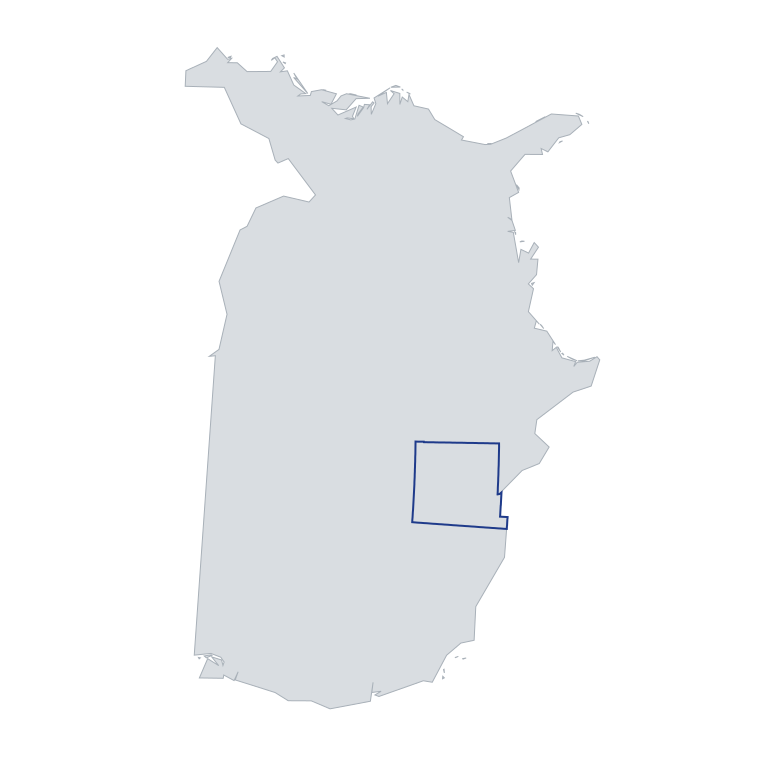 where New Mexico sits in United States of America, rotated 273°
{"feature_id": "USA-3524", "entity_name": "New Mexico", "entity_type": "State", "adm_level": 1, "iso_a3": "USA", "parent_name": "United States of America", "parent_adm1": "", "projection": "orthographic", "projection_center": [-107.139, 34.164], "detail": "fine", "context": "in_parent", "style": "outline", "palette": "blue", "viewbox_px": 768, "rotation_deg": 273, "n_neighbors": 0, "source": "natural_earth", "source_scale": "10m", "svg_char_len": 6828}
<svg xmlns="http://www.w3.org/2000/svg" viewBox="0 0 768 768"><g transform="rotate(273 384 384)"><path d="M636.3,227.5L671.9,209.0L670.9,169.9L686.5,169.8L696.9,189.8L711.2,199.8L700.1,210.8L701.2,214.8L696.7,211.1L697.1,220.7L688.8,230.9L690.2,254.5L700.2,260.8L704.0,257.9L701.3,254.5L703.3,255.8L705.6,260.0L694.5,268.0L690.3,264.2L691.7,271.1L677.8,278.3L669.9,290.7L669.3,285.6L667.1,282.9L668.3,295.3L672.2,296.2L674.6,306.2L671.3,321.3L660.6,316.4L662.7,307.0L659.0,314.3L664.2,322.2L669.4,326.0L671.9,331.4L668.6,355.0L667.5,341.2L655.8,331.9L656.6,317.4L650.2,323.9L659.1,341.7L649.7,338.5L647.3,340.0L647.8,333.3L647.1,331.6L646.0,337.0L647.1,341.0L661.0,344.5L659.5,348.7L652.3,343.9L649.9,343.4L658.9,349.2L662.2,349.8L662.1,355.1L657.4,352.6L665.2,357.9L664.1,359.4L660.3,356.6L652.6,357.2L663.6,361.2L669.1,359.1L680.1,374.6L671.1,362.9L675.3,371.1L664.1,372.8L674.4,378.9L677.4,375.1L675.0,384.6L664.0,385.2L671.5,387.2L667.2,393.0L674.4,393.8L663.4,399.3L660.9,414.0L650.7,420.9L635.1,450.4L631.7,448.6L628.4,472.3L628.9,477.8L636.0,493.2L662.4,537.0L661.8,564.1L653.6,568.0L642.7,556.5L639.0,545.6L624.4,535.5L627.4,528.6L621.5,530.3L620.7,512.8L603.3,499.3L582.4,508.4L576.7,499.4L554.9,503.1L557.0,498.8L553.9,503.3L544.3,507.1L542.9,499.5L542.2,505.2L512.2,512.1L525.6,513.7L522.3,521.5L533.1,526.6L528.7,531.1L516.4,523.9L516.7,531.2L501.2,530.6L491.5,522.9L487.0,528.3L463.8,524.4L451.9,536.0L455.0,532.8L447.6,531.2L445.3,543.8L432.3,553.2L435.3,550.5L426.1,550.2L429.6,554.1L419.4,560.3L416.4,574.2L411.4,572.6L415.8,575.8L417.5,588.2L422.4,595.3L419.4,598.2L392.8,591.0L385.8,573.2L356.4,538.5L342.4,537.2L329.7,552.2L312.7,543.2L304.9,526.5L282.8,507.0L257.7,506.8L257.6,514.3L217.2,513.4L166.5,487.3L132.8,487.4L129.3,474.3L116.4,460.7L88.7,447.8L89.7,438.8L71.7,395.3L73.0,391.2L77.0,397.2L75.3,388.0L85.5,388.7L66.5,387.0L56.8,347.1L63.8,327.9L62.7,304.9L70.2,291.4L80.7,250.9L89.0,253.4L80.0,249.8L85.0,239.2L81.7,238.8L80.8,215.0L100.5,222.3L94.1,233.7L102.5,226.2L99.9,236.2L94.5,237.9L98.0,238.9L102.6,235.3L105.9,225.3L103.3,208.7L403.4,214.1L402.5,208.1L409.9,217.4L445.4,223.6L477.9,213.9L530.3,232.2L534.3,239.0L553.1,246.9L566.4,273.9L561.8,299.6L569.2,305.7L604.1,276.6L599.1,266.5L601.9,263.6L623.1,256.2L636.3,227.5ZM684.0,281.2L689.8,277.6L670.1,292.7L685.4,277.7L684.0,281.2ZM103.0,218.7L104.5,225.5L104.1,226.4L101.2,221.0L103.0,218.7ZM421.8,593.2L417.6,582.6L417.3,576.4L418.3,582.8L421.8,593.2ZM701.9,210.9L703.3,214.1L702.0,213.8L701.9,210.9ZM492.2,526.1L493.1,528.6L490.4,526.9L492.2,526.1ZM98.6,459.4L102.0,458.4L102.3,458.9L98.6,459.4ZM95.2,458.0L93.7,459.6L92.7,457.9L95.2,458.0ZM700.3,266.2L699.5,268.9L698.8,268.6L700.3,266.2ZM418.8,570.5L417.3,575.6L421.2,565.5L418.8,570.5ZM654.4,522.4L659.4,531.1L653.6,521.7L654.4,522.4ZM114.7,469.6L115.9,472.5L114.5,469.8L114.7,469.6ZM663.5,565.1L661.4,568.9L664.5,561.3L663.5,565.1ZM682.8,380.2L681.4,384.8L680.7,375.3L682.8,380.2ZM101.2,213.0L100.9,214.9L99.9,213.8L101.2,213.0ZM429.9,556.0L425.1,558.8L430.0,555.3L429.9,556.0ZM706.5,264.7L707.4,267.0L705.3,267.2L706.5,264.7ZM113.9,477.0L114.7,480.4L113.4,477.3L113.9,477.0ZM424.1,560.8L422.2,562.2L423.8,560.1L424.1,560.8ZM672.1,335.6L671.1,341.4L671.9,333.6L672.1,335.6ZM450.7,538.3L447.7,540.6L451.9,536.7L450.7,538.3ZM629.5,474.7L629.8,478.8L628.9,476.1L629.5,474.7ZM675.6,394.1L674.9,395.2L676.7,391.3L675.6,394.1ZM590.0,505.8L586.8,508.7L585.2,508.6L590.0,505.8ZM542.8,506.6L542.2,507.5L540.0,507.7L542.8,506.6ZM635.1,547.0L636.1,549.6L634.3,546.6L635.1,547.0ZM534.0,514.1L533.9,516.8L533.0,512.2L534.0,514.1ZM656.5,574.1L654.6,574.9L657.2,573.4L656.5,574.1ZM674.7,308.1L674.3,310.9L674.6,306.9L674.7,308.1ZM679.6,386.2L678.7,387.5L678.4,387.5L679.6,386.2Z" fill="#d9dde1" stroke="#a8b0b8" stroke-width="1"/><path d="M258.7,506.9L258.4,506.9L258.0,506.8L257.6,506.8L257.6,507.0L257.6,507.3L257.6,507.5L257.6,507.8L257.6,508.0L257.6,508.3L257.6,508.5L257.6,508.8L257.6,509.0L257.6,509.3L257.6,509.5L257.6,509.8L257.6,510.0L257.6,510.3L257.6,510.5L257.6,510.8L257.6,511.0L257.6,511.3L257.6,511.5L257.6,511.8L257.6,512.0L257.6,512.3L257.6,512.5L257.6,512.8L257.6,513.0L257.6,513.3L257.6,513.5L257.6,513.8L257.6,514.0L257.6,514.4L256.9,514.4L256.3,514.4L255.7,514.3L255.1,514.3L254.5,514.3L253.9,514.3L253.3,514.3L252.7,514.3L252.1,514.3L251.5,514.3L250.8,514.3L250.2,514.3L249.6,514.3L249.0,514.3L248.4,514.2L247.8,514.2L247.2,514.2L246.8,514.2L246.6,514.2L246.0,514.2L245.7,514.2L245.7,511.1L245.8,508.2L245.8,505.2L245.9,502.3L245.9,499.3L246.0,496.4L246.0,493.4L246.1,490.4L246.1,487.5L246.2,484.5L246.3,481.5L246.3,478.6L246.4,475.6L246.4,472.7L246.5,469.7L246.5,466.7L246.6,463.8L246.6,460.8L246.7,457.9L246.8,454.9L246.8,451.9L246.9,449.0L246.9,446.0L247.0,443.1L247.0,440.1L247.1,437.1L247.2,434.2L247.2,431.2L247.3,428.3L247.3,425.3L247.4,422.3L247.5,419.4L250.0,419.4L252.5,419.5L255.0,419.5L257.5,419.5L260.1,419.6L262.6,419.6L265.1,419.6L267.6,419.6L270.2,419.6L272.7,419.6L275.2,419.6L277.7,419.6L280.3,419.6L282.8,419.6L285.3,419.6L287.8,419.5L290.3,419.5L292.9,419.5L295.4,419.4L297.9,419.4L300.4,419.3L303.0,419.3L305.5,419.2L308.0,419.2L310.5,419.1L313.0,419.0L315.6,419.0L318.1,418.9L320.6,418.8L323.1,418.7L325.6,418.6L328.2,418.5L328.2,420.6L328.3,422.7L328.4,424.8L328.5,426.8L328.0,426.9L328.0,427.2L328.0,427.7L328.1,430.0L328.2,432.3L328.3,434.7L328.4,437.0L328.4,439.3L328.5,441.6L328.6,443.9L328.7,446.3L328.8,448.6L328.9,450.9L329.0,453.2L329.0,455.6L329.1,457.9L329.2,460.2L329.3,462.5L329.4,464.9L329.5,467.2L329.5,469.5L329.6,471.8L329.7,474.2L329.8,476.5L329.9,478.8L329.9,481.1L330.0,483.4L330.1,485.8L330.2,488.1L330.3,490.4L330.3,492.7L330.4,495.1L330.5,497.4L330.6,499.7L330.7,502.0L327.5,502.2L324.4,502.3L321.2,502.4L318.1,502.5L314.9,502.6L311.8,502.7L308.6,502.8L305.5,502.8L302.3,502.9L299.2,503.0L296.0,503.0L292.9,503.1L289.7,503.1L286.6,503.1L283.4,503.2L280.3,503.2L279.9,503.2L279.7,503.2L279.7,503.5L280.0,504.1L280.1,504.4L280.1,504.8L280.2,505.1L280.6,505.6L280.6,505.9L280.7,506.1L280.9,506.2L281.1,506.2L281.3,506.3L281.9,507.0L281.2,507.0L280.8,507.0L280.4,507.0L280.1,507.0L279.7,507.0L279.3,507.0L279.0,507.0L278.6,507.0L278.2,507.0L277.9,507.0L277.5,507.0L277.1,507.0L276.8,507.0L276.4,507.0L276.0,507.0L275.7,507.0L275.3,507.0L274.9,507.0L274.5,507.0L274.2,507.0L273.8,507.0L273.4,507.0L273.1,507.0L272.7,507.0L272.3,507.0L272.0,507.0L271.6,507.0L271.2,507.0L270.9,507.0L270.5,507.0L270.1,507.0L269.8,507.0L269.4,507.0L269.0,507.0L268.7,506.9L268.3,506.9L267.9,506.9L267.6,506.9L267.2,506.9L266.8,506.9L266.5,506.9L266.1,506.9L265.7,506.9L265.4,506.9L265.0,506.9L264.6,506.9L264.2,506.9L263.9,506.9L263.5,506.9L263.1,506.9L262.8,506.9L262.4,506.9L262.0,506.9L261.7,506.9L261.3,506.9L260.9,506.9L260.6,506.9L260.2,506.9L259.8,506.9L259.5,506.9L259.1,506.9L258.7,506.9Z" fill="none" stroke="#1e3a8a" stroke-width="2"/></g></svg>